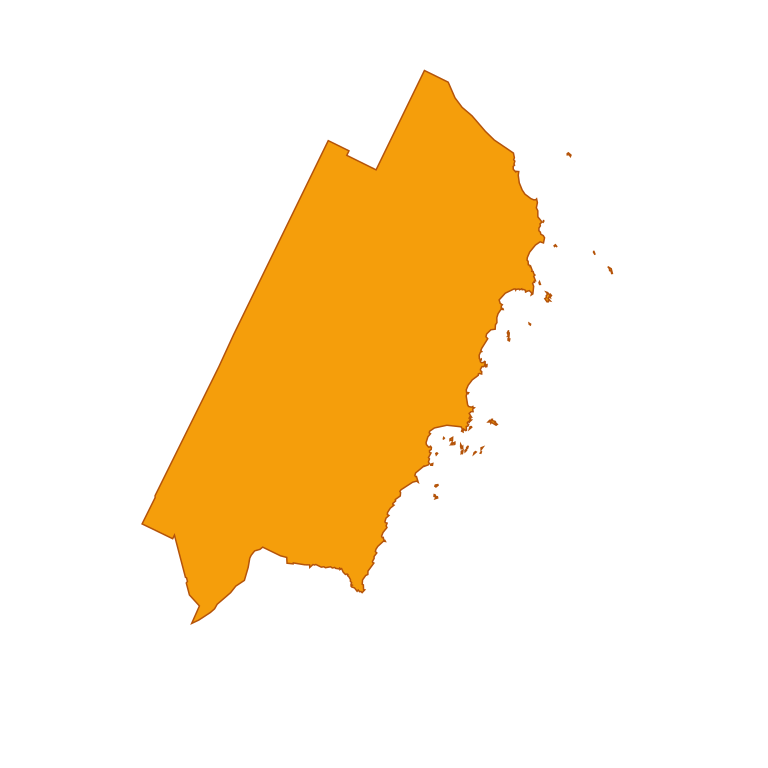 the district of Esperance, Western Australia, Australia, rotated 296°
{"feature_id": "25037944B71614254655380", "entity_name": "Esperance", "entity_type": "district", "adm_level": 2, "iso_a3": "AUS", "parent_name": "Australia", "parent_adm1": "Western Australia", "projection": "robinson", "projection_center": [121.733, -33.519], "detail": "fine", "context": "isolated", "style": "filled", "palette": "amber", "viewbox_px": 768, "rotation_deg": 296, "n_neighbors": 0, "source": "geoboundaries", "source_scale": "gbopen_adm2", "svg_char_len": 6196}
<svg xmlns="http://www.w3.org/2000/svg" viewBox="0 0 768 768"><g transform="rotate(296 384 384)"><path d="M152.3,261.9L156.3,261.9L123.2,290.3L123.3,291.4L120.4,293.9L118.5,293.5L109.1,301.6L103.6,315.4L84.5,316.1L90.6,321.0L102.7,328.2L107.7,330.3L112.9,330.6L129.2,337.6L137.4,339.4L146.3,344.6L159.7,342.3L168.6,339.7L171.9,339.7L177.3,340.9L181.0,345.0L184.2,346.5L184.2,366.3L185.5,372.6L180.4,375.4L182.5,381.2L183.4,380.9L186.8,392.1L188.8,396.4L186.6,397.7L190.6,399.3L190.9,401.0L191.9,401.8L191.9,407.9L193.4,410.1L193.2,411.9L196.3,416.1L196.0,418.2L197.5,420.1L197.1,421.3L198.1,424.7L199.1,424.7L199.0,425.9L198.3,426.0L199.5,426.8L197.0,429.8L195.9,432.8L197.0,434.1L196.9,435.1L195.8,435.3L195.3,437.0L193.5,439.6L192.0,440.2L191.3,441.9L189.4,442.2L189.3,443.6L188.0,442.8L187.4,444.0L187.8,446.9L185.9,450.7L187.5,451.1L186.6,453.1L187.4,454.3L186.9,455.8L190.5,456.9L190.2,455.8L194.4,453.5L194.5,452.2L198.5,450.6L203.9,451.5L205.7,453.0L208.8,451.6L218.6,453.4L218.7,451.9L219.5,451.4L222.8,451.6L224.6,450.7L229.0,451.6L229.6,449.7L231.9,449.2L235.3,449.6L242.5,452.4L243.1,454.3L243.9,453.2L243.6,452.3L245.8,450.6L245.2,449.8L246.2,448.5L250.1,448.2L256.3,449.6L257.4,448.1L260.3,447.8L260.0,446.0L260.7,445.2L264.3,444.6L268.0,446.1L268.2,444.2L270.1,443.5L275.2,444.1L279.5,446.1L279.6,444.8L280.5,444.3L284.0,445.7L285.1,444.8L290.5,447.7L293.7,446.5L294.4,445.3L296.5,445.7L308.3,452.8L311.0,455.9L310.7,457.8L315.1,453.7L314.6,452.9L315.4,451.8L318.0,451.4L327.9,455.9L328.1,456.4L327.0,455.7L330.8,459.3L332.4,459.7L333.4,458.1L336.6,457.7L337.4,456.2L342.6,456.5L342.4,455.0L344.0,454.1L345.8,455.1L347.7,454.5L348.8,452.5L347.9,453.4L346.8,451.8L348.2,448.6L349.8,447.5L355.8,446.6L359.7,447.6L359.9,446.1L361.5,445.7L366.6,448.6L374.5,458.6L379.3,472.0L378.0,474.1L375.6,474.4L375.6,475.9L376.4,475.2L376.9,475.9L378.4,475.5L377.9,477.8L378.5,478.4L381.9,476.6L383.0,477.9L384.7,477.8L385.0,476.4L386.0,475.8L387.1,476.3L386.9,477.4L388.4,477.2L388.2,477.7L390.0,478.4L389.4,476.8L391.1,476.9L390.7,475.5L392.4,475.6L392.7,476.9L394.9,473.4L397.3,474.4L398.2,476.2L400.3,474.7L402.2,475.6L401.9,474.2L402.7,473.7L401.5,472.7L400.9,469.9L401.8,468.4L409.3,463.1L411.5,462.7L412.0,463.8L413.3,463.9L412.6,461.9L414.8,460.5L419.8,460.2L426.4,461.5L433.1,464.9L434.5,464.4L435.3,465.1L435.8,467.4L438.0,466.4L438.3,465.0L439.6,464.2L442.7,464.5L443.2,465.9L445.2,466.5L444.4,467.3L445.3,467.6L444.2,468.2L444.7,468.8L446.3,468.2L445.5,467.7L446.4,466.5L446.1,465.9L448.3,465.3L448.5,464.6L446.8,463.8L446.0,462.4L446.2,461.0L447.7,459.8L448.3,460.9L449.1,460.4L448.2,459.8L448.6,458.6L451.6,456.9L454.9,456.7L456.0,457.7L456.6,456.3L459.0,456.2L470.2,457.4L471.2,454.9L474.0,454.3L479.6,456.3L482.0,459.9L486.1,458.2L488.6,458.6L493.1,456.3L497.3,455.7L502.4,456.4L503.2,458.5L503.9,457.8L503.7,456.0L505.8,455.2L507.1,455.6L507.4,453.1L510.0,450.6L518.8,453.2L526.1,458.9L526.9,460.1L526.1,461.2L526.9,461.1L528.6,463.7L528.1,464.5L530.0,466.1L529.3,466.9L530.2,468.1L530.2,470.0L528.1,471.3L529.2,471.0L531.6,473.6L530.6,476.9L528.6,477.3L530.2,478.3L537.4,475.7L539.5,473.5L541.3,473.9L541.4,474.6L542.3,474.0L543.1,475.0L546.5,471.3L548.1,471.9L548.7,470.3L550.5,468.7L550.1,467.4L551.3,467.2L554.2,464.1L553.7,463.8L554.5,463.1L554.5,461.4L557.5,459.7L558.0,458.3L560.4,457.4L566.4,457.1L575.3,459.2L580.2,462.0L580.7,465.5L585.8,464.2L587.2,462.1L587.4,459.2L589.0,458.0L589.7,456.0L592.1,454.9L594.7,455.2L596.3,454.0L598.0,454.7L599.2,454.2L601.7,449.0L607.1,446.3L609.1,443.7L614.2,442.4L617.3,440.0L616.1,439.6L615.2,437.9L615.0,434.8L616.4,427.5L618.9,423.2L624.1,417.4L630.4,413.2L634.0,412.0L633.1,409.6L632.4,409.5L633.6,406.1L636.2,404.7L637.9,405.4L638.6,404.4L641.7,403.9L642.4,402.2L644.5,402.0L648.3,399.1L651.6,376.2L655.5,364.4L663.6,345.6L666.9,332.9L672.3,322.4L683.4,309.4L683.5,282.9L573.0,283.0L573.2,250.3L578.2,250.3L578.3,227.2L362.5,227.2L327.3,228.0L183.3,227.2L181.5,228.1L152.2,227.9L152.3,261.9ZM536.2,495.6L536.9,495.8L537.7,494.0L536.7,493.4L537.9,491.0L537.7,489.4L536.8,491.1L535.7,491.5L534.6,491.1L532.7,492.0L531.2,491.1L529.3,494.5L529.9,495.6L531.2,495.1L531.6,497.0L533.0,493.9L534.6,494.2L534.5,495.7L536.3,494.1L536.2,495.6ZM396.6,497.3L396.1,502.8L397.4,503.5L398.1,500.5L398.7,500.9L399.1,500.2L398.6,497.5L399.8,496.9L399.3,496.1L397.9,496.2L397.7,494.9L395.5,494.2L396.5,496.1L395.5,497.2L396.6,497.3ZM585.1,538.5L583.1,540.2L583.5,540.8L587.2,537.7L587.6,533.7L586.5,536.0L584.8,537.1L585.1,538.5ZM484.0,472.4L482.2,474.4L481.0,474.2L481.3,474.8L479.8,476.1L484.8,474.2L485.4,472.9L486.9,472.5L484.0,472.4ZM303.3,480.3L305.1,482.2L306.1,481.4L305.5,479.7L306.7,478.7L306.6,477.6L304.9,478.2L305.1,480.4L303.3,480.3ZM363.4,479.4L361.3,480.3L359.6,481.8L360.7,482.9L362.5,482.0L361.7,481.7L363.4,479.4ZM362.7,470.1L363.3,470.3L366.1,469.1L363.6,467.4L362.1,468.1L363.0,468.8L362.7,470.1ZM672.6,448.4L671.4,447.7L670.3,448.2L671.2,450.0L670.2,451.8L671.7,451.7L672.6,448.4ZM314.2,475.8L316.7,477.0L317.2,476.5L315.7,474.4L314.4,474.5L314.2,475.8ZM355.4,483.9L355.9,484.1L355.5,485.5L356.5,484.1L357.3,484.7L359.2,484.0L357.4,483.0L355.4,483.9ZM380.7,480.5L383.6,481.8L384.0,481.2L383.4,480.1L380.7,480.5ZM370.8,500.7L369.2,499.2L367.5,500.1L370.8,500.7ZM361.6,486.7L359.8,485.9L358.6,486.6L360.6,487.3L361.6,486.7ZM477.7,477.8L479.6,477.3L478.9,475.7L477.6,476.4L477.7,477.8ZM331.5,461.6L332.2,463.2L333.9,462.7L332.4,461.2L331.5,461.6ZM360.2,473.5L361.1,474.1L362.8,473.2L361.4,472.1L360.2,473.5ZM343.1,462.1L345.1,462.6L345.3,461.7L344.3,461.0L343.1,462.1ZM541.7,480.2L542.1,480.9L544.1,478.9L543.0,478.9L541.7,480.2ZM363.3,496.7L363.4,495.9L361.9,495.1L360.2,495.4L363.3,496.7ZM583.3,477.1L583.1,479.5L584.3,477.0L582.8,476.3L582.4,476.9L583.3,477.1ZM361.9,486.6L362.7,487.3L365.4,486.9L363.2,486.1L361.9,486.6ZM360.1,461.5L361.8,462.0L362.1,461.1L360.1,461.5ZM501.2,489.7L502.1,489.5L502.3,487.7L501.3,488.4L501.2,489.7ZM592.7,517.0L593.6,516.3L595.6,514.1L594.2,514.6L592.7,517.0ZM359.7,471.1L358.7,470.7L359.4,472.0L361.3,470.9L360.0,470.5L359.7,471.1ZM364.2,501.4L366.4,501.2L364.1,500.8L364.2,501.4ZM598.4,456.0L600.1,456.3L601.4,455.6L598.4,456.0Z" fill="#f59e0b" stroke="#b45309" stroke-width="1.5"/></g></svg>